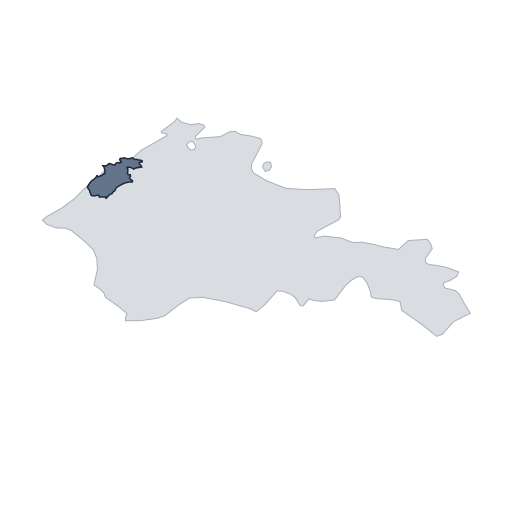 location of Tashir, Lori, Armenia, rotated 331°
{"feature_id": "60910142B71035098533409", "entity_name": "Tashir", "entity_type": "district", "adm_level": 2, "iso_a3": "ARM", "parent_name": "Armenia", "parent_adm1": "Lori", "projection": "robinson", "projection_center": [44.248, 41.132], "detail": "fine", "context": "in_parent", "style": "filled", "palette": "slate", "viewbox_px": 512, "rotation_deg": 331, "n_neighbors": 0, "source": "geoboundaries", "source_scale": "gbopen_adm2", "svg_char_len": 5713}
<svg xmlns="http://www.w3.org/2000/svg" viewBox="0 0 512 512"><g transform="rotate(331 256 256)"><path d="M229.1,304.9L225.4,299.3L206.7,280.7L189.4,266.4L177.5,260.6L165.5,261.2L146.9,264.0L140.1,262.8L123.9,256.7L110.4,249.3L112.3,246.3L115.2,244.1L111.8,234.6L104.3,219.2L105.1,214.4L102.8,207.8L100.2,202.8L110.8,190.8L115.6,181.2L116.7,171.8L113.9,162.0L107.0,144.4L102.8,139.3L94.8,134.5L88.2,126.7L86.5,121.1L92.1,120.0L108.5,119.9L124.4,118.0L136.8,114.3L154.8,111.3L162.2,108.5L170.8,107.2L197.1,110.1L206.9,107.9L236.5,107.5L237.2,106.3L233.2,102.6L233.3,101.2L250.8,98.8L253.6,97.1L255.9,103.0L262.5,109.6L269.8,112.2L273.6,115.8L273.8,118.6L261.1,121.9L260.2,123.6L261.0,125.2L264.9,126.1L282.8,134.3L293.0,134.5L298.4,137.0L301.1,141.9L309.7,148.6L316.6,155.1L317.0,157.4L315.7,160.7L296.7,173.4L294.3,177.8L294.1,182.4L302.5,196.3L315.0,211.4L332.9,222.8L357.6,235.3L358.0,243.0L354.1,252.2L350.8,258.4L349.3,262.6L346.3,264.4L321.8,264.0L318.1,265.5L316.5,267.3L316.4,268.8L325.3,271.6L339.1,281.5L347.1,291.1L355.4,295.3L364.7,303.0L372.1,310.1L383.8,319.3L396.7,316.3L414.0,324.5L414.7,330.1L413.7,335.0L402.9,340.5L401.6,342.7L401.6,344.6L403.0,347.3L409.4,351.7L417.0,358.3L425.5,368.2L421.8,371.1L413.9,371.5L407.7,370.3L405.6,372.3L405.7,375.6L413.8,383.0L415.4,388.5L415.1,398.0L415.7,410.0L397.0,409.2L381.0,414.9L375.0,413.8L370.9,403.6L367.4,395.4L357.1,374.2L359.9,365.5L354.2,360.5L340.5,351.5L336.9,347.8L338.8,342.7L340.1,333.3L338.8,325.7L335.1,323.5L328.3,323.3L320.0,325.2L303.5,332.5L291.9,327.8L285.2,323.1L281.4,319.2L272.8,322.5L270.6,320.9L270.1,311.1L267.5,305.9L262.3,299.8L257.5,296.8L239.8,302.9L229.1,304.9ZM256.1,131.6L256.6,128.1L255.8,124.9L252.9,123.9L249.4,124.8L249.1,128.2L250.2,131.6L253.7,133.0L256.1,131.6ZM313.0,185.3L308.9,187.5L305.1,186.5L305.1,181.1L307.8,178.9L311.0,179.0L314.0,181.0L313.0,185.3Z" fill="#d9dde1" stroke="#a8b0b8" stroke-width="1"/><path d="M196.1,111.3L196.0,111.1L195.9,111.0L195.9,110.8L195.9,110.7L195.7,110.6L195.4,110.3L195.3,110.2L195.1,110.1L194.9,110.0L194.6,110.1L194.3,110.1L194.2,110.0L193.8,110.0L193.6,110.0L193.4,109.9L192.7,109.5L192.3,109.3L192.1,109.2L191.9,109.2L191.7,109.1L191.2,109.0L190.9,108.9L190.7,108.8L190.6,108.6L190.4,108.3L190.3,108.1L190.1,107.9L189.8,107.7L189.7,107.6L189.3,107.3L189.1,107.1L189.0,106.9L188.8,106.8L188.6,106.7L188.4,106.6L188.3,106.4L188.2,106.3L188.2,106.2L187.8,106.2L187.6,106.2L187.4,106.2L187.2,106.0L187.0,105.9L186.8,105.9L186.6,105.9L186.3,105.7L186.2,105.6L185.9,105.6L185.7,105.6L185.4,105.5L185.3,105.3L185.2,105.2L184.9,104.9L184.7,104.8L184.4,105.0L184.3,105.3L183.9,105.3L183.6,105.4L183.5,105.5L183.4,105.6L183.4,105.8L183.5,106.1L183.4,106.5L183.5,106.6L183.6,106.9L183.7,107.1L183.7,107.3L183.5,107.6L183.5,107.8L183.6,108.2L183.7,108.4L183.7,108.6L183.4,108.6L183.2,108.6L182.8,108.6L182.6,108.5L182.5,108.4L182.3,108.3L182.2,108.4L181.9,108.4L181.6,108.5L181.4,108.4L181.2,108.2L181.0,107.9L180.8,107.7L180.7,107.5L180.7,107.4L180.4,107.2L179.9,107.1L179.4,107.0L179.1,107.0L178.3,107.1L178.2,107.1L177.9,107.2L177.5,107.4L177.3,107.6L177.2,107.9L176.8,107.7L176.5,107.6L176.3,107.5L176.0,107.4L175.7,107.4L175.4,107.1L175.2,107.0L175.1,106.7L174.9,106.6L174.6,106.2L174.4,106.0L174.2,105.8L173.5,104.9L173.3,104.6L173.2,104.6L172.8,104.5L172.8,104.3L172.7,104.2L172.3,104.1L172.2,104.0L172.0,103.9L171.9,103.9L171.7,104.0L171.4,104.2L171.1,104.2L170.9,104.1L170.6,104.2L170.6,104.3L170.4,104.4L170.2,104.5L169.8,104.6L169.6,104.6L169.3,104.6L169.2,104.6L169.0,104.4L168.8,104.3L168.6,104.3L168.3,104.3L168.0,104.1L167.8,104.0L167.4,103.8L167.1,103.6L166.7,103.4L166.2,103.0L166.0,102.9L165.8,102.7L165.7,102.7L165.7,102.9L165.7,103.0L165.7,103.3L165.9,103.6L166.1,103.9L166.2,104.2L166.2,104.5L166.2,104.8L166.1,105.1L165.9,105.6L165.7,106.3L165.6,106.8L165.5,107.2L165.3,107.5L165.3,107.8L164.9,108.7L164.9,108.9L164.6,109.3L164.2,109.8L164.1,110.2L163.9,110.3L163.6,110.4L163.4,110.4L163.1,110.5L163.0,110.4L162.7,110.4L162.2,110.5L161.9,110.5L161.6,110.5L161.3,110.6L161.1,110.6L160.7,110.6L160.2,110.7L159.9,110.8L159.7,110.7L159.0,110.6L158.4,110.5L157.9,110.4L157.5,110.3L156.9,110.4L156.5,110.4L156.3,110.3L156.2,110.1L156.1,109.8L156.1,109.7L156.1,109.2L156.1,108.7L155.8,108.6L155.6,108.9L155.5,109.0L155.2,109.1L154.8,109.4L154.5,109.4L154.4,109.6L154.2,109.6L153.8,109.7L153.6,109.8L153.1,109.9L152.9,110.0L152.5,110.1L152.1,110.2L151.9,110.2L151.7,110.3L151.4,110.3L150.9,110.4L150.7,110.4L150.3,110.5L150.0,110.5L149.5,110.4L149.2,110.4L149.0,110.5L148.8,110.6L148.6,110.7L148.2,110.7L147.6,111.0L147.1,111.3L146.8,111.5L146.5,111.4L146.2,111.4L145.9,111.6L145.7,111.8L145.3,112.0L145.0,112.2L144.8,112.2L144.4,112.3L144.2,112.4L144.1,112.6L144.0,112.8L143.8,112.9L143.6,113.0L143.1,113.1L142.9,113.3L142.7,113.5L142.2,113.5L141.8,115.6L142.2,117.3L142.2,118.1L141.6,119.7L141.8,120.9L141.3,121.7L141.4,123.4L143.6,125.0L145.1,125.6L146.2,125.6L147.7,126.5L148.1,127.1L147.4,128.3L153.4,131.7L152.7,132.6L152.9,132.9L155.9,131.9L157.9,131.3L160.0,131.7L161.1,131.3L162.3,130.5L164.1,130.5L165.6,129.4L166.9,128.5L169.4,128.3L172.4,128.3L174.5,128.4L176.1,128.5L177.9,128.9L180.1,129.5L181.7,130.1L183.1,131.1L183.6,131.3L184.5,130.5L183.8,128.7L183.3,127.5L183.2,126.6L183.5,126.0L184.6,125.6L185.1,125.4L185.4,123.9L184.0,123.3L183.4,121.8L184.2,120.9L184.9,119.7L186.0,118.0L186.0,116.2L186.9,115.9L187.5,116.6L189.1,117.7L190.4,119.2L191.1,120.3L191.1,120.7L193.7,120.8L194.8,121.1L195.2,121.6L197.0,121.6L197.7,122.3L198.2,122.7L199.2,122.8L199.2,121.1L199.0,120.1L198.7,118.9L199.3,117.6L200.5,117.9L202.0,118.5L202.6,117.9L201.7,116.4L199.9,115.1L198.3,113.6L196.6,112.7L196.1,111.3Z" fill="#64748b" stroke="#1e293b" stroke-width="1.5"/></g></svg>